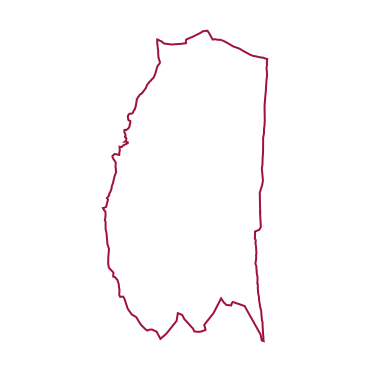 the district of Tambrauw, Papua Barat, Indonesia, rotated 262°
{"feature_id": "22746128B68810971865676", "entity_name": "Tambrauw", "entity_type": "district", "adm_level": 2, "iso_a3": "IDN", "parent_name": "Indonesia", "parent_adm1": "Papua Barat", "projection": "orthographic", "projection_center": [132.821, -0.81], "detail": "fine", "context": "isolated", "style": "outline", "palette": "rose", "viewbox_px": 384, "rotation_deg": 262, "n_neighbors": 0, "source": "geoboundaries", "source_scale": "gbopen_adm2", "svg_char_len": 4941}
<svg xmlns="http://www.w3.org/2000/svg" viewBox="0 0 384 384"><g transform="rotate(262 192 192)"><path d="M347.5,179.7L347.9,178.8L345.6,178.4L343.1,178.2L341.7,178.3L340.8,178.3L338.8,178.1L336.7,178.2L335.9,178.1L335.4,178.0L335.1,177.9L334.3,177.8L333.6,177.8L332.8,177.7L332.1,177.7L331.4,177.7L330.7,177.6L329.9,177.4L329.5,177.6L328.9,177.7L328.4,177.8L327.9,177.8L327.0,178.0L326.4,178.1L325.9,178.2L325.3,178.3L324.8,178.3L324.2,178.1L323.6,177.6L323.2,177.2L322.9,176.7L322.4,176.3L322.0,175.8L321.0,175.1L320.5,174.8L320.0,174.6L319.5,174.4L318.9,174.1L318.4,173.9L317.9,173.7L317.4,173.5L316.8,173.3L316.3,173.1L315.7,172.8L314.7,172.3L313.6,171.7L313.0,171.4L312.5,171.1L312.1,170.9L311.4,170.5L311.1,170.2L310.6,169.9L310.2,169.4L309.9,169.0L309.5,168.4L309.1,167.8L308.4,167.1L308.0,166.7L307.6,166.1L307.2,165.4L306.5,164.7L306.0,164.2L305.3,163.5L304.7,162.8L304.3,162.3L302.4,161.4L300.8,160.3L298.7,158.1L297.1,156.6L297.2,156.4L297.0,156.2L296.4,155.8L296.3,155.6L296.1,154.8L295.7,153.9L294.1,152.6L294.0,152.4L293.7,151.9L293.2,151.6L292.8,151.3L292.7,151.2L292.4,151.1L291.9,150.8L291.5,150.4L291.5,150.2L290.1,149.9L287.8,149.2L285.7,148.5L284.4,148.1L282.8,147.2L282.8,147.3L282.2,147.1L281.1,146.3L280.8,145.7L280.4,145.5L279.8,145.1L279.1,144.7L278.9,144.6L278.0,143.6L278.1,142.5L278.2,140.9L276.7,139.4L275.4,139.0L275.3,138.9L273.9,138.9L273.1,138.9L271.8,139.2L270.9,140.8L270.2,140.7L268.8,140.5L267.9,139.8L267.7,139.9L266.9,139.7L266.5,139.5L266.1,139.3L265.6,139.3L263.8,137.8L262.7,135.9L262.6,135.1L262.9,134.5L262.7,133.6L260.9,133.5L260.5,133.6L260.5,134.2L260.4,133.4L258.2,134.1L256.7,134.0L256.4,133.4L256.0,133.3L255.8,133.3L255.3,133.6L254.7,134.3L253.9,134.4L252.6,134.1L252.1,133.6L251.8,133.6L251.3,132.8L251.3,133.2L251.2,133.2L249.7,136.1L249.7,135.7L248.8,133.8L247.8,130.6L246.3,128.5L246.9,126.5L244.8,126.4L244.2,126.4L243.4,126.3L242.7,126.1L242.2,125.9L241.6,125.7L240.7,125.4L239.9,125.3L239.6,125.3L239.3,125.3L239.1,125.3L238.8,125.1L238.9,124.8L239.0,124.6L239.2,124.3L239.3,123.9L239.3,123.7L239.5,123.1L240.1,121.9L240.4,120.7L238.8,118.3L237.7,118.1L235.6,118.8L233.3,119.9L231.6,120.6L227.5,119.7L225.8,119.8L225.3,119.9L223.9,119.5L222.5,119.8L221.7,119.3L218.8,117.7L214.8,116.1L212.3,115.2L208.7,113.3L206.8,112.9L204.2,111.6L203.0,110.8L201.5,109.6L200.4,109.7L197.8,106.9L196.2,107.8L192.1,106.0L189.3,105.0L188.5,102.7L188.5,101.6L186.9,102.0L184.8,103.5L181.7,103.3L178.3,102.5L176.0,101.7L174.5,102.3L170.6,101.7L166.8,101.3L163.0,101.6L151.8,101.0L147.3,101.9L139.3,100.1L132.7,99.0L128.5,99.2L123.1,103.0L120.8,102.5L119.2,102.2L118.4,103.9L116.9,104.7L115.5,105.8L113.7,106.2L110.9,106.6L107.3,106.5L104.6,106.5L100.4,105.6L98.2,106.2L98.0,109.2L95.6,110.3L85.4,112.1L79.2,115.2L75.8,119.4L72.2,120.9L67.6,123.0L62.5,126.8L61.0,128.6L61.4,129.9L61.6,131.5L61.4,133.2L58.6,137.5L56.9,138.1L51.0,140.3L55.1,146.7L66.5,158.8L74.0,161.1L71.6,165.2L67.3,166.7L63.2,169.5L58.1,172.9L56.8,173.9L53.6,174.9L52.7,178.4L52.5,181.3L53.5,186.2L54.1,186.2L58.7,185.6L61.0,188.0L69.0,196.4L70.1,197.2L82.6,206.0L80.3,207.1L79.6,207.5L78.0,208.2L77.0,209.2L75.5,210.1L75.0,212.0L74.5,213.7L74.2,214.9L74.5,215.1L74.8,215.4L75.2,215.5L75.7,215.7L76.1,215.8L76.6,216.2L77.1,216.7L77.4,217.1L71.8,228.2L41.2,240.1L35.3,240.4L34.4,242.2L36.7,242.2L37.8,242.5L40.3,242.6L42.7,242.7L44.6,242.9L50.0,243.3L51.4,243.5L53.4,243.7L55.1,243.5L57.1,243.5L61.3,243.7L65.2,244.0L66.1,243.8L69.7,243.4L71.1,243.5L74.3,243.4L76.8,243.5L78.8,243.7L79.9,243.6L83.3,243.4L85.9,243.7L87.5,243.7L89.4,244.1L91.9,244.3L92.3,243.9L93.7,244.3L95.1,244.5L97.6,244.9L99.4,245.0L102.7,244.8L105.1,245.1L107.4,245.1L109.0,245.4L111.8,244.9L112.9,244.9L115.5,245.9L118.7,246.5L120.1,246.6L123.0,247.4L124.3,247.4L125.4,247.5L128.2,247.7L130.5,247.8L132.6,247.7L134.4,248.3L135.3,248.3L136.0,248.3L137.2,247.7L138.6,248.1L139.7,248.3L140.6,248.3L141.9,248.7L143.0,248.7L144.1,248.9L145.2,253.3L147.8,255.3L162.9,256.6L162.8,256.8L168.6,257.4L181.8,259.0L188.3,262.0L189.1,262.5L190.5,262.9L192.9,263.7L195.8,264.0L198.8,264.1L202.5,264.3L205.4,264.4L207.6,265.1L209.5,265.6L210.7,265.8L214.7,266.5L217.6,267.0L219.3,267.5L223.0,268.1L226.3,268.6L230.9,269.3L235.9,270.0L238.8,271.0L240.3,271.5L244.1,272.0L247.5,273.0L251.7,273.8L252.8,274.0L253.3,274.1L260.8,275.0L266.2,275.7L268.4,276.1L271.2,276.7L272.1,276.9L278.6,278.4L281.4,279.1L285.0,279.8L288.9,280.6L289.2,280.7L293.2,281.5L296.2,282.4L299.5,282.8L304.9,283.1L306.6,283.8L310.3,284.3L313.2,285.0L313.8,283.5L315.0,281.4L315.9,278.2L317.1,275.0L318.4,271.2L319.7,268.9L323.9,263.2L327.3,259.0L329.0,255.9L330.4,253.1L333.0,249.9L335.1,247.2L337.4,244.0L338.9,240.9L339.1,238.8L340.1,236.2L340.1,233.7L347.0,231.0L349.6,229.7L349.6,224.9L348.5,222.9L345.7,214.5L343.8,207.5L342.2,206.9L340.2,206.8L340.2,205.2L340.2,202.2L340.5,198.2L340.9,192.2L343.0,184.8L345.3,182.9L346.4,181.0L347.5,179.7Z" fill="none" stroke="#9f1239" stroke-width="2"/></g></svg>